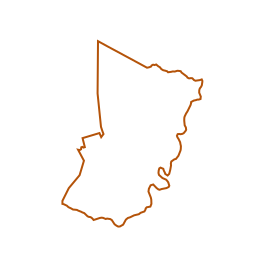 outline of Porto Alegre do Piauí, Piauí, Brazil, rotated 163°
{"feature_id": "56859067B75829579303444", "entity_name": "Porto Alegre do Piauí", "entity_type": "district", "adm_level": 2, "iso_a3": "BRA", "parent_name": "Brazil", "parent_adm1": "Piauí", "projection": "albers", "projection_center": [-44.088, -6.981], "detail": "fine", "context": "isolated", "style": "outline", "palette": "amber", "viewbox_px": 256, "rotation_deg": 163, "n_neighbors": 0, "source": "geoboundaries", "source_scale": "gbopen_adm2", "svg_char_len": 2053}
<svg xmlns="http://www.w3.org/2000/svg" viewBox="0 0 256 256"><g transform="rotate(163 128 128)"><path d="M43.3,152.9L45.3,152.8L49.7,153.5L50.9,154.6L51.9,156.7L53.2,157.3L55.1,157.6L56.4,158.8L56.7,160.0L60.6,165.4L61.0,166.9L62.8,167.8L64.1,168.3L66.7,168.3L68.7,169.0L70.4,169.1L72.2,169.4L73.4,169.6L74.0,170.8L75.6,171.9L77.5,173.0L78.9,174.6L79.8,176.9L80.9,178.0L82.5,180.5L84.1,180.4L85.5,181.2L87.1,180.9L88.1,180.0L90.2,179.9L92.2,180.1L97.4,185.4L123.4,211.7L131.3,219.8L146.5,171.5L147.0,169.9L153.5,137.0L153.4,132.4L153.2,129.4L156.3,127.1L156.8,131.5L174.4,131.6L174.9,122.3L176.3,122.3L177.2,123.3L178.3,123.2L179.1,121.4L180.7,121.0L182.1,121.8L179.7,109.6L188.1,97.0L202.2,87.8L212.0,77.5L212.9,74.6L211.7,73.9L209.2,71.6L208.1,69.7L207.1,68.8L206.2,68.0L204.4,66.1L202.4,65.3L200.8,64.6L199.7,63.5L197.4,61.7L196.3,60.6L194.7,59.4L192.5,55.4L191.5,54.5L190.2,53.9L189.2,53.0L188.3,51.4L187.8,50.1L185.7,50.1L181.2,50.2L179.6,50.0L178.2,49.4L175.9,47.5L174.5,47.5L171.6,46.1L170.4,44.7L169.0,39.9L167.6,38.0L166.2,36.6L164.5,36.2L160.9,37.0L156.8,41.0L154.4,42.0L152.1,42.0L147.7,42.7L142.8,42.4L140.8,43.2L136.7,43.4L135.2,44.8L134.6,45.9L133.3,46.7L129.6,46.3L127.8,48.6L126.7,52.6L126.5,54.9L127.0,61.2L125.8,63.8L123.1,66.6L120.4,66.6L118.2,62.2L116.9,60.4L115.8,59.7L113.7,59.8L108.8,59.3L106.4,59.7L105.4,60.7L105.4,64.2L105.7,65.3L106.6,67.4L109.7,70.1L112.1,74.1L112.0,76.1L111.1,78.3L109.9,80.2L108.5,80.6L106.2,78.7L106.2,76.7L105.8,74.6L105.8,73.2L104.0,71.0L102.0,72.1L99.8,75.7L97.8,79.6L97.4,81.5L96.4,83.3L92.8,84.5L91.2,84.4L87.9,86.7L84.4,91.1L83.7,92.4L82.7,95.2L82.5,97.8L82.3,99.1L82.9,102.9L83.4,104.5L83.5,106.2L82.3,107.6L80.7,107.3L79.6,106.7L77.6,106.5L76.2,106.8L73.8,108.4L72.9,109.3L72.5,111.6L73.0,114.0L72.1,118.5L71.2,121.2L70.5,122.4L68.2,124.9L66.3,126.5L61.5,131.6L60.6,133.0L60.0,134.4L57.1,135.0L54.8,134.8L53.5,134.9L52.0,134.5L50.2,134.5L49.2,136.8L49.6,140.9L48.8,143.3L47.8,144.8L46.0,146.1L44.9,147.3L43.4,150.4L43.1,151.4L43.3,152.9Z" fill="none" stroke="#b45309" stroke-width="2"/></g></svg>